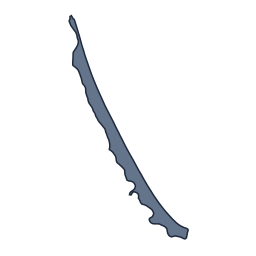 outline of Ilha Comprida, São Paulo, Brazil, rotated 285°
{"feature_id": "56859067B13489548048326", "entity_name": "Ilha Comprida", "entity_type": "district", "adm_level": 2, "iso_a3": "BRA", "parent_name": "Brazil", "parent_adm1": "São Paulo", "projection": "natural_earth1", "projection_center": [-47.71, -24.863], "detail": "fine", "context": "isolated", "style": "filled", "palette": "slate", "viewbox_px": 256, "rotation_deg": 285, "n_neighbors": 0, "source": "geoboundaries", "source_scale": "gbopen_adm2", "svg_char_len": 2784}
<svg xmlns="http://www.w3.org/2000/svg" viewBox="0 0 256 256"><g transform="rotate(285 128 128)"><path d="M37.0,212.9L39.6,212.7L40.7,212.6L41.9,212.5L43.0,212.5L44.5,212.6L45.7,212.1L46.2,210.5L46.3,208.9L46.4,207.5L46.7,205.9L47.0,204.4L47.4,203.1L47.8,201.9L48.4,200.5L49.1,198.9L50.2,196.9L51.3,194.9L53.3,191.7L55.0,189.1L58.0,184.6L59.5,182.6L62.3,178.9L64.7,175.9L70.1,169.6L73.8,165.7L74.6,164.7L75.8,163.5L78.1,161.0L79.2,160.0L82.0,157.1L86.3,153.0L89.9,149.3L93.4,146.0L98.7,141.0L103.7,136.0L109.5,130.5L117.6,123.3L118.6,122.3L121.0,120.3L124.6,117.0L130.5,111.9L132.9,109.7L137.2,105.8L140.7,102.6L144.1,99.6L151.1,93.9L155.7,90.1L159.1,87.4L161.6,85.5L163.8,83.8L165.3,82.6L166.6,81.7L167.5,81.0L168.7,80.1L170.1,79.1L171.3,78.3L172.2,77.6L173.4,76.8L174.9,75.8L176.6,74.6L178.4,73.4L180.2,72.2L182.0,71.0L183.0,70.3L184.9,69.0L186.0,68.3L188.3,66.8L191.4,65.0L193.8,63.4L195.4,62.4L196.4,61.8L204.1,57.3L213.3,51.6L217.9,48.7L219.1,47.7L219.6,46.4L221.9,44.2L220.7,43.1L218.0,43.8L216.6,43.4L215.5,43.7L214.2,44.8L212.3,46.2L211.0,47.7L209.2,49.9L208.1,51.3L206.8,52.9L204.5,54.5L201.7,55.8L199.5,57.4L197.7,57.9L194.9,57.9L191.7,57.1L188.1,55.9L187.0,55.5L184.8,55.9L183.0,56.4L181.0,56.8L179.0,57.3L177.8,57.4L174.4,58.4L173.6,59.9L173.1,61.3L171.7,64.0L170.5,65.3L169.1,66.4L167.1,67.9L165.9,68.6L164.6,69.6L163.2,70.4L161.7,71.2L159.1,72.6L158.4,73.8L157.3,75.1L156.0,76.4L154.9,76.9L151.7,78.0L150.7,78.4L149.5,79.2L147.6,80.4L146.5,81.4L145.2,81.9L143.9,82.6L142.8,83.2L141.9,84.0L140.6,85.5L138.6,87.9L137.0,89.2L135.8,89.8L134.3,91.4L133.1,92.7L131.5,93.5L130.5,94.5L129.2,95.8L127.8,97.0L126.5,98.5L125.6,99.8L124.7,101.1L122.8,103.7L121.7,105.2L120.9,106.1L119.6,106.9L118.1,107.6L117.2,108.5L116.0,109.3L114.7,110.1L113.5,111.0L111.8,112.4L109.7,113.6L107.6,114.5L105.7,115.2L102.3,115.5L101.8,117.2L100.9,119.2L100.0,120.4L98.9,121.7L97.6,123.2L96.1,124.1L94.1,124.9L93.0,125.4L91.8,126.3L91.2,127.6L90.5,129.1L89.2,131.6L87.3,134.8L85.9,135.9L84.3,136.3L83.3,136.8L82.2,137.2L80.8,138.2L79.1,139.3L77.4,140.5L77.0,142.3L77.4,144.4L77.1,146.6L76.6,147.8L75.7,148.9L74.5,149.9L73.2,150.2L71.2,150.2L68.7,148.7L67.7,147.7L66.5,146.9L65.4,146.6L63.9,146.7L64.1,148.3L66.2,148.9L67.8,149.7L68.0,152.0L67.4,154.0L66.2,155.4L64.8,155.9L63.0,156.2L62.0,157.2L60.6,158.5L59.4,159.3L58.1,161.0L58.1,163.8L57.8,165.7L56.8,168.6L55.4,172.1L53.6,174.0L52.6,174.7L51.4,175.0L48.8,174.5L47.8,173.7L46.9,172.7L45.8,172.1L44.6,172.4L43.4,173.3L42.5,174.6L42.0,176.7L42.4,178.9L43.0,181.1L43.4,183.2L42.9,185.5L42.5,188.3L41.8,190.1L40.6,191.6L39.2,192.3L37.9,192.9L36.3,193.8L35.1,195.0L34.3,196.4L34.1,198.2L34.8,199.5L35.8,201.0L36.1,203.1L36.2,205.6L36.2,207.2L36.0,208.5L35.6,210.3L35.6,211.8L37.0,212.9Z" fill="#64748b" stroke="#1e293b" stroke-width="1.5"/></g></svg>